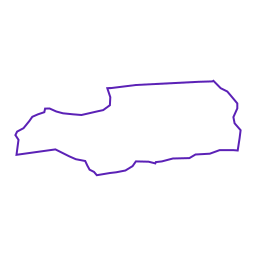 Eskilstuna, Södermanland, Sweden
{"feature_id": "70781695B99698101105625", "entity_name": "Eskilstuna", "entity_type": "district", "adm_level": 2, "iso_a3": "SWE", "parent_name": "Sweden", "parent_adm1": "Södermanland", "projection": "natural_earth1", "projection_center": [16.38, 59.332], "detail": "fine", "context": "isolated", "style": "outline", "palette": "violet", "viewbox_px": 256, "rotation_deg": 0, "n_neighbors": 0, "source": "geoboundaries", "source_scale": "gbopen_adm2", "svg_char_len": 823}
<svg xmlns="http://www.w3.org/2000/svg" viewBox="0 0 256 256"><path d="M237.7,150.5L239.6,138.1L240.6,130.2L234.6,123.3L233.4,117.1L237.3,108.4L237.3,103.4L232.8,98.0L227.3,91.5L220.7,88.2L213.4,80.8L212.4,81.4L198.7,81.8L135.9,85.0L110.0,88.2L109.9,88.0L107.3,88.2L110.3,97.2L109.9,105.2L103.2,110.1L97.6,111.3L89.8,113.1L81.4,115.0L72.9,114.3L63.0,113.3L56.3,111.5L49.6,108.5L45.1,108.6L44.3,112.2L38.0,114.3L32.3,116.8L29.2,121.2L23.5,128.2L17.1,131.6L15.4,135.1L18.5,139.8L16.5,154.8L55.4,149.4L69.2,156.3L75.8,159.2L85.2,161.0L87.4,165.7L89.6,169.7L94.0,171.9L96.8,175.2L110.0,173.0L116.1,172.3L125.4,170.5L132.6,166.1L135.9,161.4L148.6,161.7L155.3,163.4L155.8,162.1L161.9,161.4L172.9,158.5L189.4,158.1L195.5,154.5L209.8,153.7L219.7,150.1L233.0,150.1L237.7,150.5Z" fill="none" stroke="#5b21b6" stroke-width="2"/></svg>